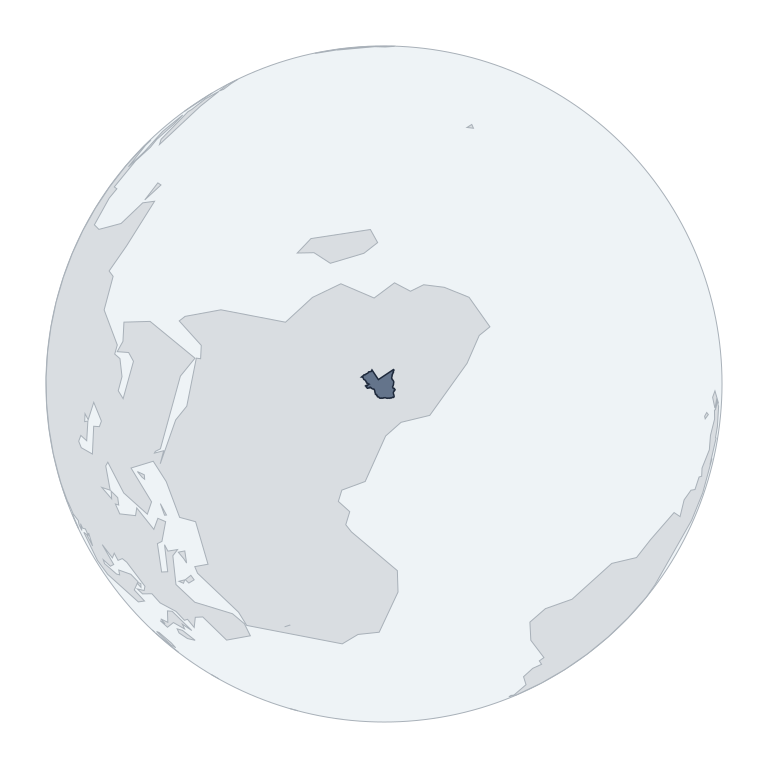 the Earth from above Moxico, rotated 236°
{"feature_id": "AGO-1892", "entity_name": "Moxico", "entity_type": "Province", "adm_level": 1, "iso_a3": "AGO", "parent_name": "Angola", "parent_adm1": "", "projection": "orthographic", "projection_center": [20.805, -13.377], "detail": "fine", "context": "on_globe", "style": "filled", "palette": "slate", "viewbox_px": 768, "rotation_deg": 236, "n_neighbors": 0, "source": "natural_earth", "source_scale": "10m", "svg_char_len": 9011}
<svg xmlns="http://www.w3.org/2000/svg" viewBox="0 0 768 768"><g transform="rotate(236 384 384)"><circle cx="384" cy="384" r="338" fill="#eef3f6" stroke="#a8b0b8"/><path d="M52.2,320.1L54.7,313.1L53.5,318.1L55.3,333.6L63.3,336.0L65.1,348.3L63.5,357.9L67.6,357.9L67.8,363.6L89.4,362.4L105.0,371.8L107.5,392.2L100.4,419.6L107.9,472.5L98.9,496.3L105.9,517.9L115.2,552.6L108.5,555.3L120.1,568.0L124.3,579.1L122.6,582.8L130.7,593.2L129.9,595.8L136.4,600.6L147.5,616.9L158.8,625.9L170.1,638.5L177.6,643.4L177.3,644.3L180.2,647.6L184.7,650.9L178.2,648.8L162.3,636.6L154.1,628.8L153.5,629.1L134.9,609.2L138.8,614.3L115.5,587.3L99.0,562.8L66.0,496.4L61.7,485.1L60.5,481.8L53.7,455.4L49.0,428.6L46.5,401.4L46.2,374.2L48.1,347.0L52.2,320.1ZM193.2,654.5L180.8,650.5L185.8,651.7L178.9,644.8L189.2,649.0L193.2,654.5ZM177.3,635.8L175.5,630.8L178.0,631.8L179.9,635.6L177.3,635.8ZM482.5,60.8L483.1,60.9L488.7,62.9L491.0,63.7L487.8,62.4L487.2,62.2L511.2,70.9L534.4,81.4L556.8,93.6L578.2,107.4L598.5,122.9L617.5,139.8L635.3,158.1L651.6,177.7L666.4,198.4L679.6,220.2L691.1,243.0L700.8,266.5L701.0,267.1L709.3,292.4L715.5,318.3L716.5,327.2L715.2,319.7L707.0,293.6L710.7,315.7L717.2,341.7L719.6,367.6L717.0,355.4L713.9,332.5L710.9,322.7L707.9,302.8L698.2,270.6L695.2,271.7L691.8,260.2L677.9,232.9L671.6,234.1L664.1,255.8L669.1,285.3L663.8,296.0L642.5,247.9L631.4,219.3L624.7,219.6L601.9,193.4L565.5,184.7L559.4,177.5L552.7,179.3L536.6,170.9L527.0,159.9L517.7,159.5L542.9,189.0L552.9,189.9L560.0,180.9L565.3,191.4L580.7,203.0L566.7,225.1L511.1,241.7L504.4,219.6L455.3,162.4L456.0,156.8L455.7,156.1L455.1,155.0L451.9,164.0L443.0,153.9L470.7,191.2L475.9,208.1L510.4,242.9L507.5,246.1L518.2,254.1L550.8,249.5L551.3,256.9L536.7,290.3L490.3,336.9L495.8,373.1L491.2,404.3L460.8,423.9L462.0,449.3L446.1,457.8L444.1,472.4L430.5,488.0L408.3,503.0L372.2,503.8L371.0,490.1L354.7,464.4L332.4,404.4L342.7,376.7L340.0,356.3L313.7,313.9L319.6,289.7L312.2,280.5L297.3,284.2L288.7,273.6L279.6,274.3L221.8,290.7L203.7,279.3L180.9,241.2L190.9,222.4L191.9,204.1L260.6,135.2L276.2,135.8L331.4,123.6L338.4,125.0L333.0,137.3L375.2,150.8L387.7,140.0L424.9,148.9L449.0,149.5L455.8,127.3L416.3,125.4L408.4,115.0L439.2,107.3L473.6,111.3L471.7,107.5L449.1,97.6L456.1,92.2L441.1,94.0L447.8,97.9L438.7,99.7L432.0,96.4L434.7,94.2L424.1,92.3L413.8,104.4L419.5,109.7L392.2,111.9L399.1,121.4L392.0,126.0L377.7,111.9L378.4,106.9L352.5,94.5L349.3,99.7L373.5,112.2L366.3,111.4L362.2,120.3L359.7,112.9L334.1,99.4L308.9,105.1L278.3,129.9L263.3,134.2L250.0,132.4L259.7,110.3L292.2,103.5L296.1,97.1L288.3,90.5L298.8,89.5L299.7,86.4L311.8,84.4L327.7,76.0L339.9,74.3L345.0,66.5L352.0,64.9L346.9,69.7L350.0,72.7L380.1,71.1L385.6,69.4L386.5,64.9L394.6,65.7L391.7,61.6L408.4,60.6L385.5,59.0L385.9,55.3L395.4,53.0L391.4,51.9L376.0,56.0L373.6,58.1L378.1,60.1L367.8,67.7L357.7,69.5L352.9,61.8L338.0,64.1L340.7,58.5L380.7,48.5L398.0,47.8L428.9,52.2L425.5,53.4L412.7,51.9L425.6,55.8L424.0,54.2L430.8,55.4L433.0,53.5L437.9,54.3L431.5,51.6L437.8,52.5L441.7,54.2L450.2,53.7L462.9,56.1L462.5,55.8L458.4,54.7L477.3,59.4L476.1,58.9L469.5,57.1L462.9,55.4L462.7,55.4L482.5,60.8ZM238.3,165.8L236.8,171.1L236.7,171.1L238.3,165.8ZM511.3,129.0L531.1,133.1L519.8,118.8L526.5,119.5L520.2,114.8L518.9,117.8L503.2,105.8L510.9,103.9L507.3,98.9L500.5,97.4L489.0,103.1L511.3,119.7L507.8,124.2L511.3,129.0ZM54.9,312.6L54.8,315.2L54.0,316.7L54.9,312.6ZM167.4,124.6L161.2,130.0L164.1,127.4L167.4,124.6ZM292.2,74.9L296.7,75.6L292.5,79.1L277.1,84.1L282.9,78.7L292.2,74.9ZM304.0,76.0L303.4,68.5L313.0,66.1L307.7,68.5L314.1,67.6L307.3,71.5L317.0,77.6L314.0,81.3L287.1,86.8L297.6,82.5L292.5,81.7L304.0,76.0ZM285.2,62.6L285.1,61.8L306.0,57.1L303.7,58.6L288.2,62.9L281.8,63.8L285.2,62.6ZM309.7,54.3L308.3,54.7L306.6,55.1L309.7,54.3ZM303.3,55.9L300.2,56.7L305.4,55.4L276.3,63.7L303.3,55.9ZM239.9,78.3L232.4,82.0L231.8,82.3L239.9,78.3ZM345.9,120.2L351.3,120.3L359.6,119.4L357.0,125.5L345.9,120.2ZM328.1,110.9L332.9,109.8L333.4,116.9L327.8,117.1L328.1,110.9ZM335.1,103.7L333.1,109.2L330.9,106.4L335.1,103.7ZM351.3,68.8L356.4,68.0L357.1,69.0L354.5,70.8L351.3,68.8ZM449.3,130.6L442.7,134.5L438.9,132.3L441.9,131.3L449.3,130.6ZM397.9,128.7L409.9,131.7L397.0,130.4L397.9,128.7ZM550.3,596.2L550.1,601.9L546.0,601.2L550.3,596.2ZM545.4,404.8L519.7,459.1L504.8,457.8L503.6,440.5L514.1,407.0L532.0,399.4L541.1,385.3L545.4,404.8ZM718.3,433.2L718.5,425.0L718.0,415.9L719.0,411.3L719.8,421.0L719.1,427.2L718.3,433.2ZM718.9,410.8L717.0,387.3L708.1,331.8L711.5,336.0L719.4,373.9L719.1,378.1L720.3,395.2L718.9,410.8ZM721.3,404.2L721.5,400.0L721.7,379.1L721.6,370.9L721.7,372.3L721.3,404.2ZM670.4,288.6L677.2,309.0L673.7,310.4L670.4,288.6ZM440.8,50.9L442.1,51.2L450.7,53.0L437.2,50.5L434.8,49.9L440.8,50.9ZM658.4,581.2L658.4,580.9L662.7,573.5L668.8,565.0L687.1,531.8L686.4,533.8L695.8,513.4L696.9,511.6L685.9,535.8L673.1,559.0L658.4,581.2Z" fill="#d9dde1" stroke="#a8b0b8" stroke-width="1"/><path d="M390.8,381.8L390.7,399.5L390.7,400.3L390.7,400.5L390.6,400.3L390.4,400.2L389.9,400.0L389.9,399.9L389.7,399.4L389.5,399.1L389.4,398.9L389.2,398.8L389.2,398.7L388.8,398.6L388.6,398.6L388.5,398.4L388.4,398.0L388.2,397.8L388.1,397.7L388.1,397.4L387.9,397.3L387.8,397.1L387.6,397.0L387.5,396.9L387.4,396.4L387.3,396.1L387.2,396.0L386.9,395.9L386.6,395.7L386.4,395.2L386.2,395.1L385.9,394.9L385.7,394.8L385.7,394.7L385.4,394.4L384.9,393.9L384.7,393.6L384.3,393.5L384.2,393.5L383.8,393.6L383.6,393.5L383.3,393.3L383.2,393.3L382.9,393.4L382.7,393.4L382.6,393.5L382.0,393.5L381.8,393.5L381.4,393.5L381.2,393.5L380.9,393.5L380.6,393.4L380.4,393.3L379.9,393.0L379.7,392.8L379.5,392.6L379.3,392.4L379.1,392.2L378.9,392.1L378.7,391.9L378.4,391.7L378.1,391.4L378.0,391.2L377.9,391.1L377.7,390.9L377.5,390.6L377.4,390.5L377.4,390.4L377.2,390.0L377.1,389.8L376.9,389.7L376.7,389.4L376.1,389.4L375.6,389.3L375.3,389.2L375.1,389.2L374.8,389.3L374.7,389.4L374.7,389.5L374.7,389.9L374.6,390.0L374.2,389.9L373.8,389.9L373.4,390.1L373.1,390.0L373.0,389.8L372.9,389.7L372.8,389.4L372.7,389.3L372.6,389.1L372.5,388.8L372.6,388.7L372.4,388.3L372.4,388.2L372.5,388.1L372.4,388.0L372.3,387.8L372.2,387.7L372.0,387.3L371.8,387.1L371.7,387.0L371.6,386.9L371.1,386.6L370.8,386.5L370.6,386.4L369.8,386.1L369.6,386.1L369.4,386.1L369.2,386.0L367.8,385.3L367.7,385.2L367.7,384.6L367.6,384.3L367.6,384.2L367.8,384.0L368.0,383.8L368.2,383.7L368.3,383.6L368.3,383.2L368.2,382.9L368.2,382.5L368.2,382.4L368.3,382.3L368.5,382.2L368.7,381.9L368.9,381.6L368.8,381.2L368.8,380.9L369.5,380.4L369.6,380.1L369.7,379.8L370.1,379.4L370.2,379.1L370.3,379.0L370.3,378.9L370.3,378.7L370.8,378.2L371.0,378.1L371.3,377.9L371.6,377.7L371.9,377.5L372.0,377.4L372.0,377.1L372.1,376.9L372.3,376.7L372.5,376.6L372.7,376.3L372.8,376.1L372.8,375.9L372.7,375.6L372.8,375.3L372.9,375.2L373.0,374.9L373.4,374.6L373.4,374.4L373.4,374.2L373.5,374.1L373.8,374.0L373.9,373.9L374.0,373.7L374.1,373.4L374.1,373.2L374.4,372.9L374.5,372.7L374.9,372.6L375.0,372.6L375.1,372.4L375.4,372.4L375.5,372.4L375.8,372.4L376.2,372.3L376.4,372.1L376.7,371.9L376.8,371.6L377.1,371.5L377.4,371.7L377.7,371.8L377.8,371.8L378.1,371.7L378.3,371.5L378.5,371.5L378.8,371.7L378.9,371.8L379.0,371.7L379.3,371.5L379.5,371.5L379.9,371.7L380.0,371.6L380.2,371.3L380.4,371.2L380.5,371.3L381.0,371.5L381.3,371.6L381.5,371.7L382.0,371.8L382.2,372.0L382.4,372.0L382.5,372.0L383.0,372.3L383.3,372.4L383.5,372.4L383.6,372.5L383.8,372.6L384.1,372.7L384.3,372.7L384.6,372.8L385.1,372.8L385.3,372.8L385.4,372.7L385.7,372.3L385.8,372.3L385.9,372.2L386.0,372.2L386.3,371.8L386.4,371.7L386.8,371.5L387.1,371.4L387.4,371.3L387.5,371.2L387.9,371.2L388.0,371.0L388.3,371.0L388.5,371.1L388.9,370.9L389.1,370.8L389.2,370.6L389.2,370.4L389.0,370.2L388.9,370.1L389.0,369.8L389.0,369.6L389.0,369.4L389.2,369.2L389.4,369.0L389.4,368.9L389.4,368.6L389.5,368.4L389.6,368.1L389.7,367.9L389.8,367.8L390.3,367.8L391.2,367.7L391.3,367.7L391.6,367.6L392.0,367.7L392.2,367.8L392.3,367.8L392.5,367.8L392.7,367.7L392.7,368.1L392.8,368.2L392.8,368.3L392.8,368.5L392.7,368.7L392.2,368.8L392.0,369.0L391.9,369.1L391.9,369.3L392.1,369.7L392.1,370.0L392.3,370.4L392.3,370.5L392.4,371.0L392.3,371.5L392.5,371.4L392.8,371.1L393.5,370.9L393.6,370.7L393.8,370.3L394.0,370.2L394.7,370.5L394.9,370.6L395.1,370.6L395.3,370.6L395.6,370.4L395.9,370.3L396.2,370.6L396.3,370.6L396.5,370.6L396.8,370.6L397.8,370.5L398.9,369.9L399.1,369.8L399.3,369.8L399.6,369.9L400.4,370.1L400.6,370.1L400.8,370.1L401.1,370.1L401.3,370.2L401.5,370.3L401.7,370.2L401.8,370.1L401.8,369.9L402.1,369.8L402.2,369.4L402.3,369.3L402.3,369.6L402.5,369.9L402.5,370.0L402.5,370.5L402.4,370.8L402.5,370.9L402.5,371.7L402.6,371.9L402.8,372.4L402.8,372.5L402.6,372.7L402.5,372.8L402.5,373.0L402.5,373.3L402.3,373.5L402.2,373.7L402.2,373.9L402.2,374.0L402.3,374.4L402.4,374.8L402.4,375.0L402.2,375.3L402.1,376.9L402.2,377.2L402.3,377.3L402.4,377.5L402.5,377.6L402.5,378.0L402.6,378.3L402.5,378.5L402.0,379.1L402.0,379.3L401.8,380.1L401.6,380.4L401.6,380.6L401.6,380.8L401.8,381.0L402.1,381.3L402.2,381.5L402.3,381.7L402.4,381.9L390.8,381.8Z" fill="#64748b" stroke="#1e293b" stroke-width="1.5"/></g></svg>